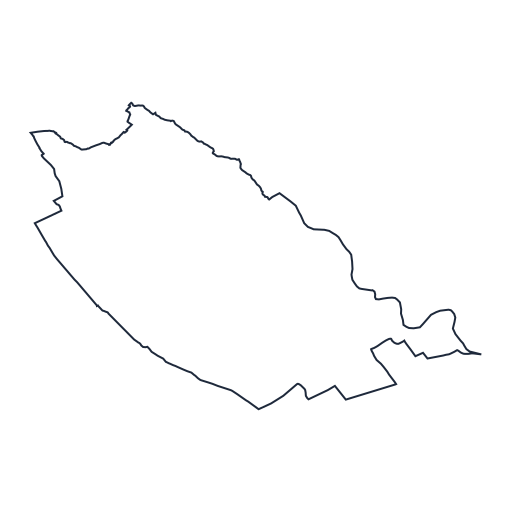 Dulcesti, Neamt, Romania
{"feature_id": "2599482B7069275875494", "entity_name": "Dulcesti", "entity_type": "district", "adm_level": 2, "iso_a3": "ROU", "parent_name": "Romania", "parent_adm1": "Neamt", "projection": "natural_earth1", "projection_center": [26.772, 46.976], "detail": "fine", "context": "isolated", "style": "outline", "palette": "slate", "viewbox_px": 512, "rotation_deg": 0, "n_neighbors": 0, "source": "geoboundaries", "source_scale": "gbopen_adm2", "svg_char_len": 6006}
<svg xmlns="http://www.w3.org/2000/svg" viewBox="0 0 512 512"><path d="M165.9,361.9L166.3,362.0L168.9,363.3L170.2,363.8L173.0,365.1L175.5,366.0L177.6,367.0L178.3,367.3L183.5,369.6L187.3,371.2L191.4,372.6L194.2,375.0L195.3,375.7L197.9,378.2L200.1,379.8L201.0,380.2L208.4,382.5L212.4,383.8L217.7,385.9L229.1,389.6L230.9,390.2L232.3,390.9L237.3,394.2L246.0,400.3L248.2,401.6L258.6,409.2L271.0,403.5L283.3,395.8L297.0,384.1L297.8,383.8L298.7,384.0L300.7,385.2L304.5,388.9L305.2,390.1L305.6,392.4L305.7,393.2L305.7,393.8L305.9,395.9L307.2,398.0L308.5,399.3L327.8,390.1L334.9,385.9L345.8,399.6L395.5,384.4L396.1,384.1L394.7,382.0L389.0,374.5L387.3,371.7L383.6,366.9L380.9,363.7L376.6,360.0L374.1,355.9L373.1,353.4L371.9,351.3L371.3,349.9L371.1,349.2L372.3,348.6L373.8,348.1L375.7,347.1L377.6,346.0L382.3,342.7L384.7,341.2L386.0,340.4L387.8,339.5L389.1,338.9L390.5,338.7L391.1,338.8L391.4,339.2L392.0,340.6L393.6,342.1L394.3,342.7L395.5,343.3L397.0,343.8L398.5,343.8L400.0,343.1L402.9,341.6L404.3,340.6L404.6,341.3L406.2,343.7L410.5,349.4L415.4,356.2L423.0,352.8L427.5,358.5L443.3,355.5L445.9,354.8L449.0,354.3L450.8,353.5L454.3,351.8L457.0,350.2L457.4,350.2L458.6,350.9L460.6,352.4L461.5,352.9L463.4,353.7L465.2,353.9L467.9,353.9L469.6,353.7L471.3,353.4L472.6,353.4L474.1,353.5L481.3,354.4L469.6,351.5L466.4,349.1L464.2,345.5L463.1,343.4L460.6,340.7L455.5,334.2L452.9,328.6L453.1,327.6L454.5,322.0L455.3,317.6L454.2,314.0L452.1,311.4L450.8,310.2L448.5,309.7L440.2,310.7L436.3,312.1L431.0,314.8L422.9,324.1L419.9,327.3L413.6,328.3L409.0,328.0L406.4,326.8L403.5,324.9L402.9,320.0L401.0,313.6L401.2,309.3L399.9,302.4L397.1,299.5L395.1,298.0L392.0,297.6L387.8,297.9L383.0,298.6L378.9,299.4L375.9,299.1L375.0,297.1L375.2,294.3L374.5,291.6L372.5,290.2L371.7,290.4L361.5,288.9L359.3,288.4L356.9,286.4L354.8,283.5L352.4,279.8L351.8,276.7L351.5,274.6L352.5,269.1L352.1,261.6L351.2,254.7L349.2,251.8L346.5,249.2L342.9,244.3L340.5,240.2L338.5,237.1L335.8,234.9L332.9,233.2L329.2,230.9L324.4,229.8L313.7,229.3L310.9,228.1L307.9,226.9L304.2,223.2L300.8,215.5L299.1,212.6L295.8,205.7L290.5,201.4L279.5,193.2L272.3,197.0L269.2,199.5L268.8,199.3L268.6,199.1L267.4,197.1L265.3,196.8L264.9,196.7L264.7,195.9L264.3,195.5L263.0,194.6L262.5,193.8L262.4,193.1L262.6,192.4L262.8,192.0L262.7,191.7L262.1,191.4L261.5,190.7L261.3,190.3L261.1,189.1L260.3,187.5L259.3,186.3L258.7,185.7L257.0,184.5L254.7,181.0L253.6,179.9L252.9,179.6L251.7,178.1L251.2,176.9L251.1,176.1L250.8,175.6L250.1,175.0L249.0,174.7L247.1,173.7L246.0,172.9L245.7,172.5L242.1,170.1L241.0,168.8L240.4,167.8L240.5,166.1L240.6,164.8L240.9,164.1L240.0,161.6L239.2,160.2L239.2,159.6L238.9,159.2L238.6,159.3L237.1,159.8L236.1,159.4L235.5,158.9L234.0,158.7L230.9,158.8L230.0,158.5L229.7,158.1L227.9,157.5L224.4,157.1L223.4,156.7L221.3,156.3L220.1,156.4L218.6,156.4L217.7,156.3L216.5,155.9L215.4,154.9L214.4,154.2L213.2,153.6L212.8,153.2L212.8,152.7L213.2,152.0L213.8,151.3L213.6,150.2L213.3,149.4L213.1,148.9L212.4,148.3L211.1,147.7L209.9,147.0L207.3,145.1L205.7,144.4L204.6,143.8L203.9,143.7L203.6,143.4L203.4,142.9L203.0,142.5L201.6,141.6L201.3,141.4L199.8,141.6L199.0,141.5L197.9,141.1L197.4,140.8L194.2,137.6L192.9,136.9L192.0,136.1L191.5,135.9L190.4,134.3L189.1,133.0L188.3,132.4L187.6,132.0L186.9,131.7L185.0,131.5L184.4,130.4L184.1,130.2L182.8,129.8L182.0,129.3L180.5,127.7L179.7,127.0L176.4,124.8L175.6,124.2L175.0,123.4L173.8,121.1L173.3,120.9L172.7,120.7L171.9,120.7L170.8,121.1L170.6,120.8L170.1,120.7L167.2,120.3L164.6,119.7L163.0,118.9L160.8,118.2L159.2,116.5L157.5,115.7L155.9,114.8L155.4,112.8L153.3,114.2L153.0,114.3L150.3,112.3L149.1,110.9L147.4,109.9L145.2,108.3L144.5,107.6L144.1,106.6L143.1,105.7L142.3,105.5L140.6,105.6L138.7,105.4L137.8,105.5L135.8,105.9L134.8,106.0L133.6,105.6L133.2,105.4L132.8,104.8L132.5,104.0L132.2,103.5L131.2,102.8L129.5,104.5L128.8,105.3L129.2,105.6L129.6,105.8L130.0,106.1L130.1,106.4L130.0,106.8L128.8,107.9L128.4,108.1L127.1,109.7L126.4,110.3L126.2,110.8L129.4,112.4L129.7,113.6L130.2,114.3L130.2,114.6L129.5,116.1L128.3,119.6L127.6,121.0L127.5,121.6L127.6,121.8L127.9,121.9L128.7,122.6L131.8,124.7L130.2,126.3L126.6,129.7L127.2,130.0L127.3,130.5L126.5,131.4L124.7,132.7L124.4,132.6L124.1,132.1L123.8,131.9L123.6,132.0L121.5,134.4L120.6,135.1L118.8,137.4L118.2,137.7L117.2,138.3L115.5,139.1L114.6,139.8L113.4,141.0L113.4,141.4L113.0,141.9L111.0,142.7L110.8,143.3L111.0,143.4L110.2,143.9L110.0,144.7L109.1,144.9L108.9,144.4L108.5,144.2L106.0,143.5L104.2,142.8L103.7,142.7L102.9,142.8L102.1,143.0L99.7,144.1L96.1,145.3L90.9,147.3L88.9,148.5L88.4,148.6L87.7,148.5L87.0,148.9L86.4,149.2L84.1,149.4L81.8,149.6L81.0,149.3L79.1,147.9L78.2,147.5L77.3,147.2L75.7,146.3L74.2,145.9L73.8,145.7L73.1,144.8L71.7,143.8L70.7,143.2L70.3,143.1L69.5,143.1L68.5,142.6L67.9,142.5L67.3,142.0L67.0,141.9L66.2,141.9L65.4,142.1L65.0,142.0L64.7,141.9L64.5,141.6L64.4,140.9L64.1,140.1L63.1,139.3L62.4,138.8L61.0,138.5L60.6,138.0L60.2,136.8L59.9,136.5L58.3,135.4L56.8,134.1L55.6,133.5L55.4,133.2L55.8,132.7L54.7,132.3L54.5,131.9L53.5,131.3L53.4,131.4L51.1,131.0L50.6,131.0L50.1,130.8L49.4,130.7L47.8,130.9L44.1,131.0L37.7,131.7L30.7,132.8L32.6,135.1L33.1,136.0L33.5,136.2L33.7,136.4L34.0,137.5L34.3,138.3L35.5,140.8L37.4,144.4L39.5,147.7L39.4,148.1L39.7,148.5L41.3,151.1L42.7,152.7L43.7,153.7L43.6,153.9L43.0,154.3L42.1,154.8L41.7,155.1L41.7,155.3L41.9,156.0L43.8,158.3L50.9,165.0L54.1,169.0L54.7,173.3L55.6,176.1L59.3,181.2L61.3,188.9L61.9,192.9L62.4,196.3L53.8,200.9L56.6,204.2L58.6,204.9L59.8,206.4L60.4,208.3L61.4,210.7L34.8,223.2L36.1,225.4L37.4,227.4L41.7,234.9L45.2,240.9L46.0,242.0L46.7,243.3L47.9,245.6L49.6,247.9L52.3,252.5L54.1,255.5L56.8,258.9L74.5,279.6L77.1,282.2L97.0,305.6L97.0,305.9L97.9,305.5L98.2,306.0L101.4,309.4L102.0,310.1L102.6,310.6L103.8,310.9L105.7,311.7L107.5,312.3L107.9,312.6L108.4,313.5L134.2,339.6L136.8,341.4L138.1,342.4L139.5,343.1L140.7,344.4L141.2,345.4L143.1,347.0L145.6,347.2L147.4,346.8L149.5,349.0L151.6,351.8L155.7,354.4L157.6,355.7L163.2,358.6L165.9,361.9Z" fill="none" stroke="#1e293b" stroke-width="2"/></svg>